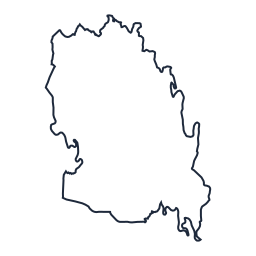 Khueang Nai, Ubon Ratchathani, Thailand (Equal Earth projection)
{"feature_id": "78962969B53843894675562", "entity_name": "Khueang Nai", "entity_type": "district", "adm_level": 2, "iso_a3": "THA", "parent_name": "Thailand", "parent_adm1": "Ubon Ratchathani", "projection": "equal_earth", "projection_center": [104.546, 15.396], "detail": "fine", "context": "isolated", "style": "outline", "palette": "slate", "viewbox_px": 256, "rotation_deg": 0, "n_neighbors": 0, "source": "geoboundaries", "source_scale": "gbopen_adm2", "svg_char_len": 5735}
<svg xmlns="http://www.w3.org/2000/svg" viewBox="0 0 256 256"><path d="M113.9,18.5L112.8,17.6L112.2,16.1L112.0,15.9L109.7,15.4L108.3,15.4L107.5,15.6L107.4,15.9L107.5,16.3L108.4,17.2L108.6,17.8L108.7,19.8L108.1,21.9L107.7,22.4L105.5,23.7L104.8,24.9L104.6,26.1L103.6,27.0L103.2,27.8L100.5,29.8L100.1,30.7L100.1,32.3L100.9,33.0L101.0,33.9L100.6,34.6L99.0,36.1L98.5,36.2L96.8,35.2L96.0,34.5L95.9,34.7L95.5,34.3L95.2,34.6L95.0,34.3L95.1,34.0L93.6,31.6L93.3,31.8L92.1,31.4L91.3,32.2L89.8,30.8L89.4,30.8L88.4,30.1L87.7,29.2L87.0,29.5L86.2,29.2L85.0,30.0L82.3,26.8L80.5,25.4L79.8,24.4L78.9,25.8L77.9,26.4L77.9,26.9L77.4,27.9L76.8,28.5L76.0,31.3L75.5,31.9L74.9,33.7L74.7,34.9L74.2,34.9L73.2,34.1L72.9,34.1L71.2,35.6L69.0,36.8L67.5,37.0L66.1,36.7L65.2,36.4L63.6,35.1L62.1,33.6L61.0,32.0L60.2,30.4L59.4,30.2L52.7,36.6L52.7,37.3L52.2,39.1L51.6,40.3L51.4,42.2L52.5,43.6L52.6,47.2L52.4,49.6L53.4,53.5L53.0,54.8L52.4,59.3L51.7,60.9L51.8,63.3L51.6,64.3L52.4,64.4L53.4,65.0L54.9,66.5L53.8,68.2L49.6,77.3L47.8,82.5L46.5,85.3L45.8,87.6L46.7,88.6L49.4,92.5L51.9,95.6L52.6,96.9L52.8,97.7L52.8,102.1L53.5,107.6L53.4,114.9L54.0,117.3L55.6,120.9L55.6,121.8L55.3,122.7L54.7,123.4L51.9,124.4L51.2,124.9L50.8,126.7L50.9,128.9L51.9,130.9L54.6,134.0L55.6,134.7L56.5,134.8L57.9,134.5L60.0,132.8L60.8,132.5L62.1,132.7L63.1,133.6L64.3,135.1L65.1,136.8L65.5,138.3L66.1,141.6L67.9,147.2L68.4,147.8L69.2,147.8L69.6,147.4L70.3,146.0L71.0,145.6L72.4,145.7L74.4,147.0L75.1,146.9L75.8,146.4L76.2,145.5L76.0,143.4L75.6,142.7L74.2,141.6L73.7,140.7L73.8,140.1L74.1,139.8L75.0,139.9L77.2,142.5L77.4,143.0L78.0,147.0L78.2,151.5L78.1,153.2L77.6,155.1L75.7,158.9L75.7,159.6L75.8,160.2L76.4,161.2L76.9,161.5L77.6,161.5L78.6,160.9L79.8,159.1L80.6,159.0L81.7,159.8L82.1,160.8L82.3,161.7L82.3,162.7L81.8,163.6L80.4,165.2L79.3,166.7L78.7,167.3L76.4,168.9L75.7,170.3L75.6,172.2L74.6,173.1L73.9,173.1L73.3,173.6L72.2,173.4L71.7,173.9L70.6,173.0L69.7,173.5L69.0,172.8L68.4,172.5L68.0,173.0L67.5,173.1L66.3,172.1L65.9,171.4L63.8,174.8L63.4,178.6L63.5,180.1L62.9,193.5L63.0,196.8L62.8,197.8L66.5,199.5L75.2,201.4L82.3,203.3L85.5,204.7L88.5,206.5L89.7,208.5L92.1,210.7L93.2,211.3L94.4,211.8L96.3,212.1L98.9,211.8L110.1,211.9L110.2,212.8L111.2,214.6L116.4,220.1L117.7,221.1L119.1,221.7L120.2,221.9L127.5,221.8L130.0,222.3L132.0,222.4L137.3,221.9L144.6,221.7L144.8,221.8L144.9,222.2L145.4,222.2L146.0,221.0L144.7,219.2L144.7,218.9L145.5,218.5L147.9,218.6L148.1,217.3L149.3,216.4L150.1,214.7L150.3,213.9L151.3,213.7L151.7,213.2L151.8,211.8L152.0,211.3L152.4,211.5L152.7,212.5L152.9,212.7L153.6,211.9L155.1,212.1L155.7,211.7L156.7,211.6L157.4,211.1L159.3,208.5L160.1,204.3L161.1,202.5L161.6,204.4L163.0,206.4L163.3,207.2L163.6,208.7L163.2,211.8L163.2,213.2L163.6,214.2L164.2,214.6L165.1,214.6L166.0,213.5L166.1,212.8L165.4,210.9L165.3,209.5L165.7,208.0L166.9,206.9L167.5,206.9L168.3,207.2L171.0,210.0L172.6,210.6L173.8,210.5L174.6,210.1L175.3,209.4L176.1,208.0L176.5,208.1L177.3,208.8L178.0,210.3L178.3,211.9L178.1,215.9L178.9,222.1L178.7,224.5L178.2,226.6L178.2,228.3L178.5,229.4L179.3,230.6L180.3,231.1L181.6,230.9L183.1,230.3L185.0,230.8L185.6,231.3L186.5,232.4L187.4,235.1L187.9,235.5L188.4,235.3L188.5,234.8L188.4,234.0L187.5,230.6L187.0,229.5L186.3,228.7L185.7,228.3L183.4,228.1L182.9,227.8L182.3,227.0L182.0,225.8L182.2,224.6L182.7,223.9L184.8,222.9L185.3,222.2L185.4,220.6L184.7,218.7L184.8,218.0L185.7,217.8L188.3,218.5L189.5,219.5L190.9,221.8L191.7,225.4L194.2,230.7L194.9,233.8L194.7,237.1L194.9,238.4L196.0,239.9L197.0,240.6L198.9,240.6L200.0,240.1L200.6,239.6L196.8,236.4L196.4,233.8L196.4,232.0L196.7,231.1L198.9,228.3L199.9,226.3L200.2,224.1L199.7,222.0L199.9,221.6L201.0,221.1L201.3,220.6L200.9,216.0L200.9,209.6L201.7,207.3L202.2,206.5L206.0,203.8L207.7,202.0L208.8,200.5L209.4,200.0L209.4,199.3L208.7,197.3L208.6,196.0L209.7,193.1L209.8,191.8L210.2,189.5L210.1,188.1L209.1,186.6L206.8,185.7L204.9,185.4L204.3,185.1L203.9,184.4L203.9,182.5L203.5,180.9L201.5,177.4L193.9,170.2L192.3,169.3L191.9,168.7L192.0,168.1L192.9,166.7L194.1,161.0L194.9,159.3L197.0,155.3L197.7,152.9L197.6,152.3L196.9,151.4L197.3,148.8L198.4,144.5L198.0,138.0L198.8,133.5L198.9,131.9L198.7,128.6L199.1,126.3L199.2,124.1L198.7,123.4L197.7,122.7L197.3,122.5L196.7,122.6L195.5,123.4L194.2,125.5L193.9,126.6L193.7,128.4L193.3,130.8L193.5,134.9L192.6,136.3L190.5,136.9L186.9,136.2L186.0,135.4L185.4,134.0L184.6,133.0L183.6,130.1L183.4,127.0L182.9,123.9L182.8,119.7L181.4,112.7L181.6,111.2L182.6,109.0L182.4,104.5L182.6,102.9L183.8,98.2L183.7,96.7L181.6,92.2L180.9,91.2L179.8,90.6L177.6,91.2L174.7,94.4L173.6,96.7L173.2,96.9L172.8,96.6L171.4,92.1L171.3,90.2L170.8,87.6L170.8,85.6L171.3,82.8L171.5,82.6L171.9,82.8L173.5,84.8L173.7,86.5L174.4,88.1L174.9,88.5L175.6,88.4L176.1,87.8L176.1,87.3L173.8,77.5L173.1,75.9L172.4,75.0L171.7,74.5L170.8,74.4L170.7,74.2L170.2,69.8L170.5,68.9L171.2,67.9L171.1,67.5L170.2,66.9L167.5,66.4L166.5,66.6L165.3,67.4L163.6,67.5L163.0,68.2L162.8,69.9L162.3,71.6L161.8,72.0L161.0,71.8L160.4,71.1L159.8,69.2L159.3,68.6L158.6,68.0L157.1,67.4L156.3,64.6L154.7,60.8L154.3,59.3L154.8,57.0L154.8,55.2L155.1,53.4L155.0,52.6L154.7,52.0L152.7,51.1L149.5,51.5L147.5,50.2L146.3,49.8L144.3,51.2L142.5,50.8L142.5,50.2L142.8,48.9L143.0,46.9L142.7,44.9L143.4,40.3L143.1,38.0L141.0,36.1L139.6,36.1L138.9,35.8L138.9,32.6L138.6,32.2L137.9,31.9L137.3,30.8L137.8,29.5L139.1,27.9L140.9,26.8L141.0,26.4L140.5,23.7L139.6,23.2L135.5,23.1L133.8,24.1L133.6,24.5L133.3,26.7L132.1,29.1L131.5,31.9L130.9,32.6L130.6,32.7L128.7,31.3L126.9,28.0L125.5,26.2L124.9,26.0L124.1,26.1L122.2,27.1L121.5,27.1L121.0,25.1L120.5,24.0L121.1,22.6L120.9,22.3L118.7,22.2L117.8,21.5L116.8,21.1L115.9,20.1L115.0,19.7L114.7,19.9L114.2,21.3L113.3,21.2L113.1,20.8L113.0,20.1L113.9,18.5Z" fill="none" stroke="#1e293b" stroke-width="2"/></svg>